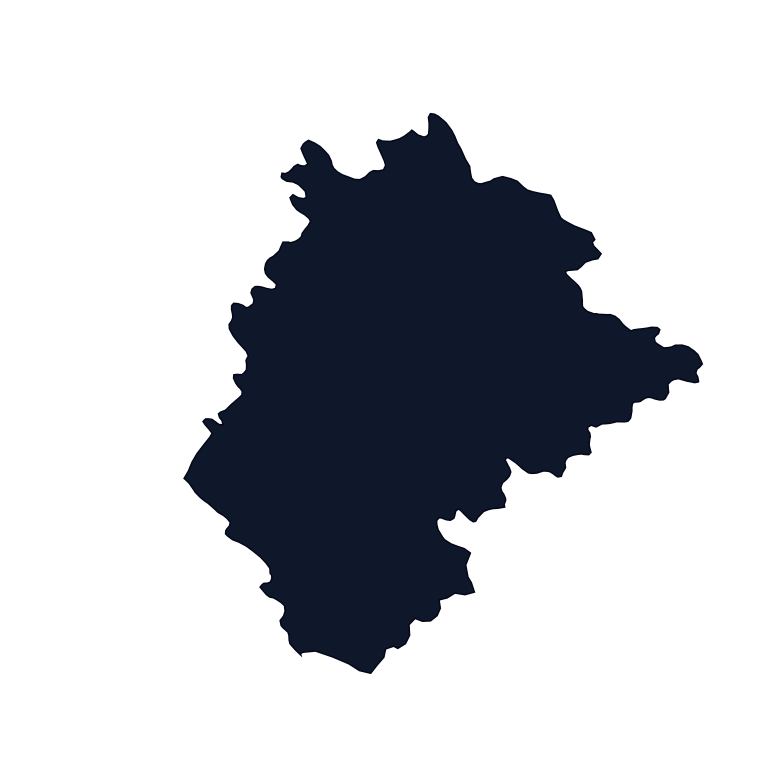 outline of Krupki, Minsk, Belarus, rotated 44°
{"feature_id": "67162791B85718992399445", "entity_name": "Krupki", "entity_type": "district", "adm_level": 2, "iso_a3": "BLR", "parent_name": "Belarus", "parent_adm1": "Minsk", "projection": "robinson", "projection_center": [29.17, 54.312], "detail": "fine", "context": "isolated", "style": "filled", "palette": "ink", "viewbox_px": 768, "rotation_deg": 44, "n_neighbors": 0, "source": "geoboundaries", "source_scale": "gbopen_adm2", "svg_char_len": 5654}
<svg xmlns="http://www.w3.org/2000/svg" viewBox="0 0 768 768"><g transform="rotate(44 384 384)"><path d="M563.6,445.6L556.4,446.6L547.5,450.7L543.2,452.5L536.1,453.9L532.9,453.6L524.0,451.2L519.7,448.5L516.8,445.8L516.5,442.1L518.2,440.5L523.2,438.3L526.4,435.9L527.5,432.1L526.4,429.7L523.9,425.7L524.3,422.2L527.1,421.7L532.8,421.9L540.0,421.9L543.9,421.1L545.3,419.0L544.2,414.9L544.2,410.1L544.2,406.4L546.3,401.8L548.8,398.0L552.4,394.0L556.3,388.7L554.2,387.3L552.3,383.2L550.9,381.9L546.8,380.2L543.4,379.5L540.2,377.6L539.1,375.7L537.9,372.8L538.4,367.0L538.1,363.0L536.3,359.2L532.7,357.4L529.7,356.5L526.9,355.5L524.0,354.6L523.3,352.2L524.9,350.5L529.2,349.8L533.6,349.1L538.6,348.8L542.0,348.8L549.5,347.6L552.0,346.0L554.3,343.6L556.1,341.4L557.7,338.3L559.1,335.8L561.8,333.4L564.3,331.8L567.9,331.0L571.8,330.6L573.6,330.1L575.7,327.2L574.1,324.1L573.4,321.0L572.7,318.1L568.8,315.0L567.5,312.3L567.2,309.0L569.3,304.1L571.8,300.5L574.5,297.2L576.8,295.7L580.4,292.6L580.4,289.4L576.8,287.3L573.8,285.3L572.0,283.0L569.9,280.3L569.2,278.8L566.3,276.5L562.2,275.5L560.6,273.3L561.7,269.7L566.3,267.6L568.5,261.3L571.0,258.6L573.5,255.7L575.8,252.3L577.6,249.4L583.3,244.1L585.3,241.5L585.3,238.8L584.9,236.9L581.0,231.2L578.7,228.9L576.2,225.4L576.7,222.9L579.2,220.3L580.5,218.3L581.0,215.4L581.9,212.3L583.2,210.1L585.5,208.2L589.8,206.2L593.5,203.9L596.0,201.2L596.4,199.0L595.5,195.9L594.6,192.3L591.9,190.1L588.4,186.9L588.4,182.6L589.3,179.5L592.1,175.6L596.8,173.1L600.0,171.4L603.6,169.0L606.4,167.3L608.6,164.4L608.6,164.1L608.4,163.5L604.8,161.0L600.7,159.6L598.8,156.0L599.3,153.0L599.1,148.5L596.1,147.2L589.5,144.8L584.5,144.8L577.0,146.0L571.5,148.9L566.6,153.8L565.2,157.6L563.1,160.5L560.2,163.7L552.8,165.3L549.9,165.5L546.4,163.1L546.0,160.5L546.4,157.0L544.6,153.3L541.4,153.6L537.1,157.3L534.3,161.3L530.7,165.8L529.3,167.4L526.1,171.4L524.7,174.3L517.9,175.1L513.7,175.1L508.3,174.3L503.0,174.9L498.4,177.0L497.0,178.6L490.3,184.5L487.6,186.2L486.5,187.6L484.2,188.6L479.9,190.6L475.8,190.8L473.5,190.6L472.4,189.9L470.5,188.2L468.9,186.4L466.2,184.1L463.9,182.1L461.7,180.2L458.5,178.9L455.1,178.3L449.4,178.3L445.0,178.5L439.8,178.5L437.8,178.0L436.4,176.8L437.5,174.4L443.6,167.4L444.2,162.4L444.2,156.5L447.5,149.9L450.8,145.3L449.7,139.5L439.2,139.1L435.3,137.4L435.3,133.7L428.0,131.2L422.6,133.3L416.2,136.0L411.3,138.1L403.8,140.3L398.5,141.6L395.3,141.6L388.5,138.9L378.6,134.1L372.9,132.5L369.3,134.7L364.0,138.4L357.2,142.6L352.3,145.0L346.9,145.6L339.1,145.6L332.7,148.2L325.2,152.5L320.6,160.2L319.9,163.9L317.4,168.2L314.9,172.5L312.4,174.6L308.5,175.9L303.9,175.1L299.3,171.9L294.3,167.9L286.5,165.8L275.8,161.5L269.4,159.7L263.0,156.8L256.6,154.6L247.0,153.0L237.4,153.6L232.8,154.9L229.6,157.3L230.7,161.3L234.9,164.7L238.1,167.9L242.4,173.0L242.7,175.7L241.3,178.6L235.6,181.3L229.6,181.8L227.6,182.1L227.7,184.2L226.6,191.3L225.0,196.6L222.7,200.8L220.0,205.2L214.2,210.3L210.3,212.0L211.0,215.4L215.1,217.5L223.6,220.9L229.4,223.3L233.3,225.6L234.9,230.3L232.1,234.5L228.2,237.9L226.9,241.5L226.7,248.0L224.8,253.7L220.8,257.2L214.3,260.0L208.4,262.6L203.1,263.8L198.1,263.8L194.5,262.6L191.0,260.2L185.1,258.0L178.9,257.6L173.1,257.6L166.8,258.9L160.4,261.2L159.5,265.0L159.4,267.7L160.6,272.1L165.9,274.6L171.6,276.8L176.4,278.6L175.5,282.4L172.5,284.8L169.4,286.0L168.2,290.0L168.5,293.6L168.3,297.7L166.9,301.3L164.2,303.2L166.2,306.4L168.0,306.9L173.1,305.7L178.1,301.9L183.8,299.9L190.0,299.9L193.7,300.1L198.4,303.6L197.6,306.4L193.0,309.6L187.0,311.1L187.0,315.3L193.7,318.3L200.1,319.1L204.2,318.5L209.2,317.3L214.9,316.9L218.2,318.1L219.5,323.0L219.8,327.5L220.5,332.4L222.3,335.5L222.1,339.5L221.0,343.3L218.7,347.3L216.9,348.2L212.8,352.1L214.4,356.6L216.2,361.2L215.7,369.1L214.6,372.7L214.4,376.2L215.5,379.9L218.3,384.2L222.0,386.7L226.3,387.4L233.4,386.9L237.5,387.0L239.6,390.6L237.7,393.9L233.4,396.8L229.1,399.0L226.1,401.0L223.6,403.5L223.2,407.3L225.0,410.8L231.8,413.6L234.2,417.0L233.2,423.1L231.6,425.0L227.8,425.5L223.2,427.6L219.8,430.4L220.0,433.5L222.6,436.3L226.2,438.7L229.0,441.1L230.5,444.4L231.2,448.7L234.5,451.7L242.0,454.1L249.8,455.3L257.8,455.8L262.1,456.1L266.9,458.1L268.3,462.8L272.2,465.9L275.3,469.5L275.6,473.3L275.3,476.0L274.0,477.2L271.5,479.3L269.6,481.7L271.7,484.3L276.7,486.3L281.1,487.1L284.0,487.1L287.2,487.8L289.5,490.7L289.3,495.2L288.4,505.0L288.2,513.0L285.9,518.0L285.7,520.5L289.1,522.4L292.7,522.8L296.6,525.1L293.4,527.8L284.9,528.9L281.8,531.2L279.9,533.1L279.9,536.7L283.5,537.5L289.3,538.0L294.6,538.8L295.7,543.2L296.6,552.7L297.9,564.0L300.2,573.5L303.8,582.5L305.8,590.8L307.1,590.7L312.9,590.7L318.2,591.8L323.8,593.0L330.2,593.2L335.5,592.8L340.2,592.0L348.6,591.6L353.6,591.6L359.7,590.1L364.5,589.7L369.5,590.3L371.4,593.2L371.7,597.7L372.2,599.6L374.2,601.9L377.3,601.9L383.1,601.2L389.5,598.5L397.6,596.2L405.9,595.1L415.4,594.3L423.5,594.7L429.9,595.8L433.8,599.4L435.7,599.4L438.2,601.5L439.9,605.2L438.5,608.4L436.0,610.9L435.7,613.9L436.0,616.2L439.9,616.6L445.8,617.2L449.9,616.6L452.7,614.7L456.1,613.7L461.9,612.6L466.4,612.6L470.6,616.0L472.8,620.2L473.3,623.1L473.6,626.3L477.8,629.2L481.1,629.5L487.3,629.2L490.3,630.9L493.7,634.1L496.5,636.0L499.5,636.4L505.4,636.8L508.7,636.8L512.6,636.8L511.3,635.9L511.9,633.4L520.2,623.7L536.4,616.1L553.1,609.7L565.4,607.2L575.4,601.3L574.3,591.2L573.7,580.7L573.5,580.3L569.2,573.5L573.1,565.9L577.6,564.6L579.8,555.8L577.0,547.0L569.2,539.8L569.2,531.0L576.4,528.0L582.0,522.1L583.1,513.7L580.3,506.2L573.6,501.1L578.0,494.0L580.3,485.1L588.6,479.3L593.6,470.9L584.7,466.2L578.5,464.6L568.5,457.4L563.6,445.6Z" fill="#0f172a" stroke="#020617" stroke-width="1.5"/></g></svg>